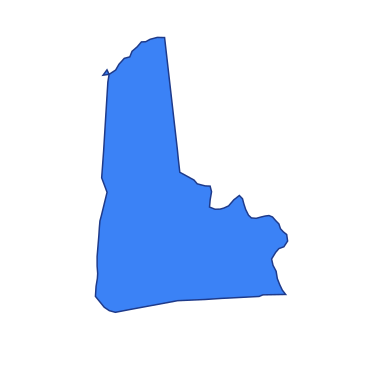 Taquarana, Alagoas, Brazil, rotated 18°
{"feature_id": "56859067B58643827659067", "entity_name": "Taquarana", "entity_type": "district", "adm_level": 2, "iso_a3": "BRA", "parent_name": "Brazil", "parent_adm1": "Alagoas", "projection": "equal_earth", "projection_center": [-36.481, -9.612], "detail": "fine", "context": "isolated", "style": "filled", "palette": "blue", "viewbox_px": 384, "rotation_deg": 18, "n_neighbors": 0, "source": "geoboundaries", "source_scale": "gbopen_adm2", "svg_char_len": 1165}
<svg xmlns="http://www.w3.org/2000/svg" viewBox="0 0 384 384"><g transform="rotate(18 192 192)"><path d="M304.2,253.2L299.9,248.0L296.5,241.4L291.7,236.7L288.4,231.1L290.2,223.6L292.1,219.0L296.3,215.7L298.1,209.1L295.2,203.2L291.0,201.6L287.5,199.6L284.5,195.5L280.5,193.4L276.3,190.9L272.5,190.6L269.1,192.2L265.3,194.5L261.2,197.2L256.5,198.3L252.9,196.6L248.4,192.0L245.0,187.3L242.1,182.8L238.1,180.7L234.2,186.5L231.1,193.9L227.3,197.4L224.0,199.6L219.2,201.3L213.3,200.9L211.7,193.9L210.5,185.7L207.4,180.8L202.8,182.1L198.5,182.4L194.4,182.6L190.2,180.0L174.3,177.0L168.8,164.9L165.2,156.7L118.2,53.6L111.2,55.7L105.0,59.7L101.5,63.4L97.5,64.9L95.0,70.9L91.5,76.7L91.1,82.7L86.3,85.8L83.1,93.0L81.7,99.6L76.8,105.7L78.0,113.4L86.1,144.8L95.4,180.8L101.7,206.4L111.3,218.5L113.1,242.4L113.4,248.0L114.9,254.5L116.8,261.9L121.7,282.7L124.7,291.9L127.5,298.7L128.7,303.4L129.9,311.3L132.4,321.1L144.1,328.7L150.0,330.4L156.3,330.1L169.9,322.6L211.9,299.8L237.6,290.2L253.1,284.0L261.0,281.0L288.1,270.6L291.2,267.9L312.7,260.5L308.2,257.4L304.2,253.2ZM76.8,105.7L73.4,102.1L71.3,108.4L76.8,105.7Z" fill="#3b82f6" stroke="#1e3a8a" stroke-width="1.5"/></g></svg>